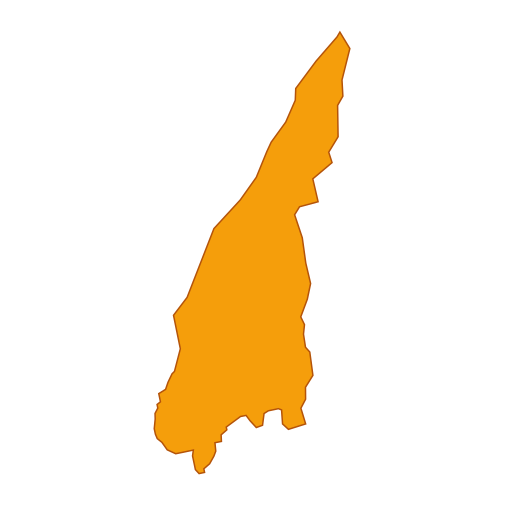 Akdarya, Samarkand, Uzbekistan (Albers equal-area conic projection), rotated 257°
{"feature_id": "79887680B91755073573876", "entity_name": "Akdarya", "entity_type": "district", "adm_level": 2, "iso_a3": "UZB", "parent_name": "Uzbekistan", "parent_adm1": "Samarkand", "projection": "albers", "projection_center": [66.738, 39.79], "detail": "fine", "context": "isolated", "style": "filled", "palette": "amber", "viewbox_px": 512, "rotation_deg": 257, "n_neighbors": 0, "source": "geoboundaries", "source_scale": "gbopen_adm2", "svg_char_len": 1141}
<svg xmlns="http://www.w3.org/2000/svg" viewBox="0 0 512 512"><g transform="rotate(257 256 256)"><path d="M237.8,302.9L263.4,305.2L287.5,302.9L294.2,309.5L294.9,328.7L318.4,328.7L329.9,351.1L340.8,350.2L353.7,362.8L384.4,369.4L392.2,376.6L408.2,379.4L437.0,394.1L455.3,388.1L451.2,384.2L432.4,358.4L410.3,332.4L398.9,329.3L379.8,315.1L363.5,296.4L355.4,290.1L332.6,274.0L314.1,253.2L292.2,221.2L231.2,179.6L216.8,162.3L182.6,161.4L161.9,150.6L160.1,147.7L152.8,141.9L146.4,137.9L143.8,130.3L135.4,130.1L133.6,126.2L129.9,126.1L125.3,122.2L119.8,121.1L110.6,118.0L105.0,117.9L100.3,118.7L95.6,122.4L87.1,125.9L81.4,133.3L81.2,140.9L81.0,151.3L75.5,149.2L69.9,149.1L61.5,148.9L56.8,151.6L56.7,157.2L60.4,157.3L64.0,164.1L70.4,169.9L74.9,172.9L83.3,174.0L83.1,180.6L89.6,181.8L93.2,188.5L96.0,188.5L103.1,204.8L102.9,210.5L96.9,213.1L88.8,217.7L89.6,224.3L100.7,228.4L102.4,233.2L102.2,243.5L100.3,246.3L86.4,244.1L79.8,248.6L81.2,266.6L97.6,265.5L105.3,272.1L117.0,274.7L126.9,284.6L150.3,286.8L156.0,283.7L169.2,284.7L178.2,287.8L186.6,285.9L202.4,296.3L216.9,303.0L237.8,302.9Z" fill="#f59e0b" stroke="#b45309" stroke-width="1.5"/></g></svg>